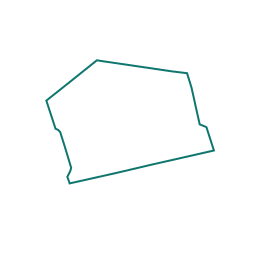 the district of Felipe Guerra, Rio Grande do Norte, Brazil, rotated 221°
{"feature_id": "56859067B3792850034153", "entity_name": "Felipe Guerra", "entity_type": "district", "adm_level": 2, "iso_a3": "BRA", "parent_name": "Brazil", "parent_adm1": "Rio Grande do Norte", "projection": "mercator", "projection_center": [-37.653, -5.533], "detail": "fine", "context": "isolated", "style": "outline", "palette": "teal", "viewbox_px": 256, "rotation_deg": 221, "n_neighbors": 0, "source": "geoboundaries", "source_scale": "gbopen_adm2", "svg_char_len": 460}
<svg xmlns="http://www.w3.org/2000/svg" viewBox="0 0 256 256"><g transform="rotate(221 128 128)"><path d="M119.4,208.1L132.4,199.3L191.7,161.3L195.9,158.7L201.6,127.4L204.7,110.7L207.6,95.1L182.2,79.9L179.6,80.7L176.6,80.5L162.9,72.1L144.8,60.7L143.4,57.8L141.7,51.3L137.9,49.2L135.7,47.9L106.7,87.3L90.4,109.9L86.4,115.5L48.4,167.4L69.4,180.1L76.3,177.8L91.1,188.7L98.9,194.5L106.5,200.1L119.4,208.1Z" fill="none" stroke="#0f766e" stroke-width="2"/></g></svg>